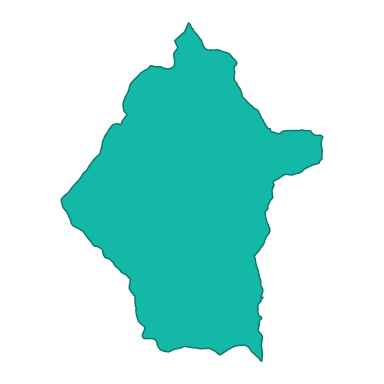 the district of Floresta, Boyacá, Colombia
{"feature_id": "7082276B22631995474400", "entity_name": "Floresta", "entity_type": "district", "adm_level": 2, "iso_a3": "COL", "parent_name": "Colombia", "parent_adm1": "Boyacá", "projection": "orthographic", "projection_center": [-72.912, 5.862], "detail": "fine", "context": "isolated", "style": "filled", "palette": "teal", "viewbox_px": 384, "rotation_deg": 0, "n_neighbors": 0, "source": "geoboundaries", "source_scale": "gbopen_adm2", "svg_char_len": 5972}
<svg xmlns="http://www.w3.org/2000/svg" viewBox="0 0 384 384"><path d="M261.6,318.3L261.6,318.0L261.5,317.6L261.0,316.9L260.3,316.4L259.2,316.1L258.7,315.8L258.5,315.1L258.1,313.0L257.8,311.9L257.7,311.2L257.8,309.2L258.1,309.2L257.7,306.9L258.1,305.0L258.6,303.8L259.7,302.9L260.2,301.9L260.8,301.1L261.3,300.2L261.5,299.1L262.8,297.4L260.8,297.2L262.5,292.5L262.7,291.5L262.7,289.2L262.5,288.4L261.5,286.8L260.8,285.1L260.6,283.4L260.8,280.6L260.6,280.0L259.7,277.7L258.3,271.5L258.1,270.0L256.6,266.5L255.7,262.0L255.1,259.3L255.1,257.9L254.9,257.4L254.3,256.3L254.3,255.9L258.6,251.2L259.2,250.5L260.0,248.9L260.9,247.9L261.2,247.4L263.3,244.8L264.1,243.0L264.7,240.2L265.2,239.2L266.2,237.1L267.1,235.7L268.8,233.7L269.2,233.1L269.8,231.1L269.8,229.6L269.6,228.1L269.0,227.1L267.8,224.0L267.2,223.0L266.6,220.6L266.1,219.2L265.8,217.5L265.4,216.0L265.1,212.1L265.3,211.6L267.7,209.1L268.0,208.0L267.9,206.2L268.0,205.3L268.3,204.7L269.2,203.1L269.8,201.8L270.2,200.7L272.6,198.0L272.8,197.5L272.8,196.8L272.2,194.6L272.3,193.0L272.0,191.0L272.4,188.9L272.8,187.9L273.9,185.8L274.1,185.0L274.0,184.6L272.8,182.5L272.8,182.3L274.5,180.5L275.0,180.4L276.1,180.0L276.9,179.6L277.4,179.1L278.6,178.5L279.2,178.4L279.6,178.1L280.3,177.3L283.8,175.0L285.6,174.4L286.3,174.3L289.2,174.8L293.0,174.9L293.7,174.2L299.3,173.0L300.8,172.3L301.9,171.5L303.2,170.3L304.1,169.2L310.7,165.8L312.5,164.9L314.3,164.6L317.7,163.6L319.2,162.9L319.6,161.5L320.5,160.4L321.0,159.5L321.5,159.5L321.8,159.3L321.8,157.9L322.2,150.3L322.1,149.1L321.6,147.1L321.2,143.6L321.3,142.0L321.6,140.4L322.8,137.0L322.3,136.3L321.9,136.0L321.0,135.7L320.1,135.0L319.6,135.0L318.7,135.4L317.2,135.4L315.0,135.1L313.8,134.6L312.7,133.9L312.2,133.3L311.2,131.5L310.5,131.0L309.1,130.7L306.2,130.7L303.5,130.3L301.7,129.9L300.8,130.0L299.8,130.7L299.4,130.9L297.4,130.4L295.8,130.4L294.2,130.6L288.8,130.6L284.6,130.8L282.5,131.4L281.5,132.2L280.6,133.1L279.5,133.6L278.7,133.7L277.8,133.6L274.7,132.6L273.0,132.2L270.9,131.3L270.5,130.9L270.4,130.5L270.5,130.0L270.3,129.2L270.2,129.0L269.6,128.6L268.3,128.5L267.6,128.1L266.7,126.4L266.4,126.1L265.8,125.8L265.6,125.6L265.2,124.2L263.9,122.2L263.3,120.3L261.9,118.7L261.3,117.7L259.9,114.4L258.9,112.2L258.4,111.4L257.8,110.5L256.5,109.6L254.1,108.2L252.4,106.5L250.6,105.1L247.8,102.4L245.5,100.0L244.2,98.5L242.8,97.5L242.6,97.2L242.1,95.9L241.7,92.8L240.8,91.3L240.1,89.0L239.7,88.2L239.4,87.7L238.8,87.2L237.8,86.1L237.0,83.5L235.1,81.3L234.3,80.0L234.2,78.3L234.0,77.1L234.7,72.8L234.5,70.9L233.9,69.2L233.9,68.7L234.1,67.7L234.4,67.0L235.1,65.9L236.3,64.8L236.9,63.4L236.8,62.9L236.5,62.4L235.1,60.0L233.7,58.7L233.1,58.4L229.5,53.9L229.1,53.5L225.4,52.2L224.1,52.0L223.2,51.6L221.5,51.2L220.0,50.4L218.9,50.0L217.7,49.8L216.6,49.7L213.3,50.3L211.4,49.9L208.9,50.1L207.9,49.9L206.5,49.4L205.6,48.8L204.4,47.5L203.6,46.4L203.1,45.4L202.2,42.8L201.6,40.8L198.6,36.7L196.7,34.2L194.3,31.7L193.6,30.7L192.9,28.8L192.0,28.2L191.5,27.7L190.1,24.6L189.5,23.6L188.5,23.0L186.5,27.4L185.6,29.8L184.7,31.5L183.5,33.0L182.4,33.6L180.8,35.1L174.7,40.7L176.1,44.1L177.8,47.5L177.4,48.7L175.1,51.3L174.0,52.9L173.6,55.8L174.1,56.8L174.4,58.0L174.6,62.6L174.3,65.4L173.5,66.6L171.8,67.9L170.2,68.5L168.7,68.8L166.5,68.9L165.0,68.5L162.2,67.6L161.4,66.9L159.7,66.6L158.3,66.7L157.1,67.0L153.6,66.3L150.9,65.6L149.8,66.4L148.6,68.0L147.5,69.1L143.3,71.3L140.6,73.1L139.0,75.0L136.4,77.7L134.1,79.8L131.2,83.0L130.3,84.2L129.2,87.9L129.2,89.0L127.0,94.1L125.6,96.5L124.9,97.9L123.8,100.7L123.5,101.9L123.1,105.1L123.0,106.6L123.7,108.3L123.6,110.4L124.7,112.0L126.6,113.9L127.0,114.7L126.3,115.9L124.9,117.3L123.1,119.9L121.7,122.3L121.1,124.3L120.6,124.7L119.9,124.5L118.3,123.8L114.9,124.0L113.4,124.4L111.0,126.6L110.6,127.7L109.7,128.5L106.6,133.7L105.3,135.4L104.5,136.8L104.4,137.8L103.4,139.4L102.9,140.8L102.4,142.8L102.0,145.7L101.5,148.0L100.8,149.8L100.2,153.0L98.1,155.7L97.3,156.2L95.1,158.3L93.3,160.3L91.5,163.0L89.3,165.7L86.7,170.4L85.1,171.6L83.2,173.2L81.2,176.9L78.5,180.5L74.7,184.4L72.0,187.6L68.6,192.3L67.6,193.3L65.3,195.0L62.8,197.4L61.4,199.3L61.2,200.7L63.0,207.4L64.0,208.9L66.2,211.4L67.4,213.0L68.4,215.3L68.7,216.7L69.8,218.2L71.4,223.5L72.6,225.4L74.9,226.8L78.4,228.4L80.6,229.9L82.6,231.0L83.9,232.4L87.2,237.2L89.4,239.9L90.9,241.5L92.4,243.9L93.6,245.3L94.6,246.2L96.9,246.4L97.6,246.6L99.5,247.6L100.7,248.2L101.8,248.9L102.6,250.5L103.0,252.9L103.7,255.3L104.9,257.2L105.7,257.9L107.9,258.4L109.3,258.9L110.7,260.0L113.8,263.3L114.3,264.6L115.2,266.0L116.2,267.0L117.8,268.0L119.8,270.1L121.0,271.9L122.7,273.1L125.4,274.4L126.6,275.2L128.8,277.8L130.0,278.5L130.4,279.7L130.2,281.5L129.5,284.5L129.5,285.3L129.2,288.1L129.4,288.9L131.6,292.5L134.5,295.8L134.9,296.4L135.0,297.2L135.1,298.4L134.9,299.7L135.2,302.3L135.4,306.0L136.2,307.6L136.3,308.2L135.9,309.4L135.8,310.4L136.4,314.5L137.0,317.0L138.4,321.2L139.6,322.7L141.2,324.1L143.1,325.3L144.3,326.8L144.9,328.0L144.6,329.7L143.2,332.3L142.6,334.3L142.4,335.8L142.7,337.0L143.9,338.3L145.5,338.7L146.9,338.5L151.9,338.6L153.4,339.0L154.7,339.4L155.7,340.2L156.4,341.0L156.9,342.6L157.2,344.3L158.0,346.5L159.1,348.1L159.9,349.1L161.3,350.1L162.7,350.7L163.9,351.1L168.0,351.9L169.2,351.7L173.1,349.7L176.3,348.7L179.2,348.3L181.1,347.8L182.3,347.0L183.4,346.7L184.6,346.4L186.8,346.6L189.1,347.1L193.0,347.8L194.8,347.7L200.8,348.8L202.9,348.6L205.6,348.6L208.3,348.2L209.9,348.6L214.9,351.0L218.3,353.8L219.2,354.6L219.9,354.9L223.7,352.6L226.2,350.9L227.4,350.0L233.2,346.8L238.3,345.4L244.8,345.2L247.7,346.4L249.4,348.2L251.3,351.0L252.4,352.3L255.0,354.5L256.6,356.3L258.4,357.8L259.3,358.6L259.6,359.1L260.1,360.1L260.6,360.8L261.8,361.0L262.0,359.6L262.2,356.0L262.5,354.5L262.2,352.5L261.9,348.7L261.6,347.4L261.3,346.7L261.3,345.2L261.5,343.5L262.5,337.9L262.4,336.9L262.1,335.7L260.8,333.8L258.5,331.3L258.2,330.5L258.2,329.5L259.3,323.6L259.3,322.4L259.6,320.6L259.8,320.2L261.3,319.0L261.6,318.3Z" fill="#14b8a6" stroke="#0f766e" stroke-width="1.5"/></svg>